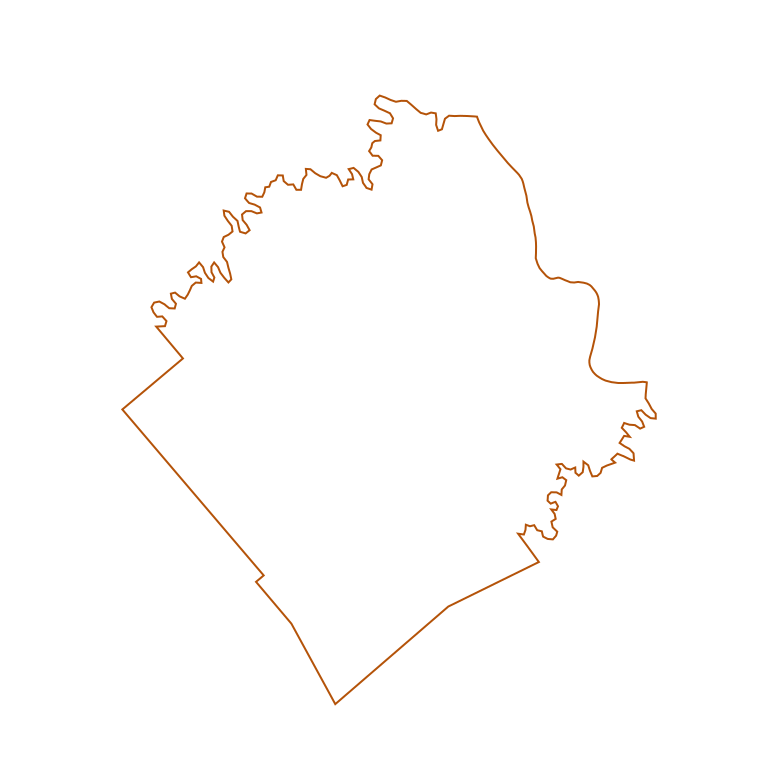 El Dorado, Misiones, Argentina (Equal Earth projection), rotated 140°
{"feature_id": "61730980B34474057540122", "entity_name": "El Dorado", "entity_type": "district", "adm_level": 2, "iso_a3": "ARG", "parent_name": "Argentina", "parent_adm1": "Misiones", "projection": "equal_earth", "projection_center": [-54.53, -26.321], "detail": "fine", "context": "isolated", "style": "outline", "palette": "amber", "viewbox_px": 768, "rotation_deg": 140, "n_neighbors": 0, "source": "geoboundaries", "source_scale": "gbopen_adm2", "svg_char_len": 5470}
<svg xmlns="http://www.w3.org/2000/svg" viewBox="0 0 768 768"><g transform="rotate(140 384 384)"><path d="M521.6,574.4L521.6,532.8L525.1,532.8L526.5,532.8L600.8,532.7L599.8,394.9L599.3,326.9L599.2,314.7L609.2,314.7L609.0,259.9L625.3,178.9L627.1,170.1L477.8,172.2L379.8,148.1L379.4,153.9L378.5,166.8L377.5,183.1L373.6,178.8L369.4,181.3L365.8,185.0L363.6,181.2L359.9,179.4L359.7,179.3L360.5,174.4L360.6,173.5L358.6,170.8L357.8,169.7L359.5,166.4L360.2,164.8L358.2,160.1L354.5,156.4L349.6,157.2L346.2,159.5L346.9,165.8L344.2,171.0L339.2,170.3L336.8,174.8L336.5,180.4L332.9,176.6L329.3,178.5L328.4,183.5L330.5,184.3L333.2,185.2L333.7,189.5L332.0,191.2L330.0,193.3L325.5,193.6L321.4,190.0L319.4,185.0L315.6,189.0L310.6,189.9L306.2,193.2L307.1,197.0L307.3,197.9L312.0,200.0L310.0,201.3L307.9,202.6L303.6,205.3L303.6,206.5L303.5,209.5L303.5,211.3L299.3,208.6L299.1,208.4L298.8,202.4L298.4,201.8L296.0,198.5L292.4,197.5L291.2,197.1L294.4,192.9L294.2,191.9L293.7,188.6L288.5,188.7L284.5,192.3L281.1,196.3L280.9,195.3L279.8,190.5L282.0,185.1L282.2,184.5L283.8,179.3L279.8,176.5L275.2,176.7L270.8,179.6L265.7,178.3L261.5,176.7L257.5,175.2L258.3,180.1L258.1,180.2L254.5,180.3L250.5,180.5L250.0,180.6L247.3,175.4L247.1,175.2L244.1,168.4L243.9,167.9L243.3,167.0L241.7,164.6L237.4,170.5L237.4,171.3L237.7,176.6L239.8,181.7L241.4,187.4L240.1,187.8L237.8,188.5L233.8,189.8L233.4,189.9L232.8,189.2L229.7,185.6L229.6,191.6L230.0,197.6L226.3,199.2L225.1,199.8L223.7,197.5L222.1,195.0L219.4,192.4L218.2,191.2L216.7,186.1L216.5,185.2L212.2,184.0L210.4,189.3L210.2,195.5L207.9,200.6L207.3,200.3L203.7,198.5L203.3,192.3L201.8,186.8L201.6,186.4L198.1,182.8L194.9,186.7L195.0,192.8L193.7,198.8L192.9,204.9L191.1,206.8L190.4,207.6L182.3,215.6L181.8,216.1L181.6,216.4L184.3,219.3L191.6,224.3L192.9,225.4L199.6,230.6L203.7,234.0L203.9,234.2L204.4,234.7L207.8,238.4L208.4,239.0L212.1,244.2L213.8,247.7L214.7,250.3L215.7,253.7L216.0,256.1L216.1,259.0L215.7,261.6L215.0,264.3L214.2,266.3L212.9,268.4L211.4,270.2L208.6,272.4L201.5,277.2L192.4,284.1L184.2,291.2L173.2,302.1L168.0,306.9L166.6,308.8L165.5,310.4L163.9,313.2L163.1,315.5L162.6,317.7L162.4,319.9L162.4,320.8L162.4,322.1L162.4,325.5L162.8,327.7L164.0,330.5L166.0,333.3L168.8,336.4L169.7,337.4L173.1,339.5L173.3,339.7L175.9,342.2L177.2,344.7L178.5,347.0L179.9,349.9L180.1,350.3L181.2,352.4L182.3,353.6L183.7,354.3L184.9,354.9L186.3,355.6L186.8,355.9L187.6,356.6L188.7,357.7L189.2,358.9L189.7,360.4L190.2,362.5L190.3,366.2L190.4,368.9L190.3,372.8L189.8,374.7L189.1,377.4L186.9,382.8L183.5,386.5L179.1,391.6L176.5,394.9L173.7,398.9L171.8,402.4L168.0,408.4L165.5,413.7L163.1,418.0L161.2,422.3L159.6,426.4L157.6,430.7L153.9,436.7L150.4,444.1L148.4,448.0L147.4,450.3L146.6,452.7L146.4,454.7L146.1,457.5L146.2,460.2L146.8,468.1L147.1,473.7L147.1,481.1L147.1,489.9L146.9,497.3L146.4,504.4L145.9,509.4L145.2,514.3L142.9,523.4L141.4,527.8L140.9,529.0L142.0,530.1L143.0,531.1L148.1,535.9L150.7,538.2L153.3,540.5L157.6,543.8L161.7,547.7L166.4,548.0L166.8,548.0L171.3,545.0L175.9,541.9L179.8,543.2L179.3,544.5L177.5,549.0L173.6,553.1L170.4,558.1L171.2,559.0L173.5,561.7L178.4,563.4L180.3,566.3L181.6,568.1L182.7,574.2L182.7,574.3L183.6,580.4L184.6,586.2L188.7,589.8L193.4,592.5L193.5,592.6L196.4,597.4L198.9,602.7L201.6,607.2L201.9,607.7L207.1,607.5L211.4,604.3L211.2,602.6L210.7,598.4L208.0,593.1L205.5,587.7L205.4,587.6L206.3,581.7L210.6,578.8L214.8,582.0L217.7,587.2L221.6,591.3L225.4,595.5L229.8,593.4L230.0,587.7L228.6,581.7L227.9,579.9L226.6,576.7L230.2,572.9L234.8,576.0L238.2,576.0L241.6,573.4L245.7,572.0L245.8,569.4L246.0,566.2L242.9,563.5L241.7,562.4L241.6,556.6L245.9,553.5L250.8,554.9L255.6,556.3L260.4,554.2L264.2,550.7L264.4,544.4L268.6,540.9L271.4,545.5L271.2,546.7L270.8,551.6L268.0,556.9L267.3,563.0L268.4,569.1L270.5,570.1L272.9,571.3L273.6,565.3L276.0,560.5L280.0,563.7L284.6,560.5L288.6,562.1L287.2,567.8L287.1,568.1L285.9,574.3L288.0,578.6L288.3,579.3L291.9,578.5L295.8,579.2L296.7,580.5L296.9,580.8L299.2,584.1L301.2,589.7L302.3,595.8L305.6,599.0L309.0,594.0L314.0,593.0L318.4,589.8L322.7,586.1L326.3,589.1L325.6,592.9L325.2,595.2L328.5,597.6L329.5,598.4L330.4,603.9L328.7,606.8L327.5,608.8L331.2,612.1L335.8,609.8L336.0,609.7L340.7,611.4L345.1,608.9L348.5,611.0L352.4,607.8L356.9,605.7L360.9,609.2L362.8,614.4L363.0,615.0L363.5,615.4L366.8,618.3L371.1,615.6L371.1,612.5L371.0,609.4L368.9,606.2L367.8,604.6L365.5,598.9L367.6,594.1L371.7,596.4L374.5,601.7L378.6,605.1L383.8,605.1L386.9,600.4L386.9,594.2L388.1,588.2L393.2,588.3L396.4,593.1L396.1,593.9L394.2,597.9L391.4,603.1L392.2,609.3L392.0,615.5L394.8,619.2L395.3,619.9L398.1,615.5L398.8,609.3L399.0,603.1L402.0,598.2L407.2,598.3L412.3,599.6L416.6,597.2L418.3,591.2L422.8,589.1L425.5,584.6L425.6,583.1L425.6,582.3L425.8,578.4L428.5,573.0L430.9,567.5L433.7,562.3L437.9,561.8L438.0,564.6L438.1,568.2L437.8,574.4L436.0,580.2L436.0,582.9L436.0,586.3L440.8,584.9L444.3,580.5L445.5,574.6L449.1,572.3L449.8,575.5L450.4,578.1L449.7,584.3L447.5,589.8L447.5,596.0L449.5,595.6L452.5,595.0L457.6,595.5L462.4,595.5L463.1,590.8L463.2,589.9L461.4,588.8L458.6,587.2L456.6,582.1L458.9,578.8L463.0,582.7L468.2,582.7L472.2,580.7L472.4,580.6L476.9,578.6L481.7,577.3L484.2,582.4L484.3,582.7L485.3,588.3L485.7,588.5L489.2,590.2L491.8,585.5L491.8,579.2L495.8,576.4L499.8,580.1L500.6,584.1L500.9,586.1L503.1,591.6L504.2,592.2L507.8,594.1L512.8,592.3L514.5,587.0L514.7,582.0L514.7,581.4L514.2,581.0L510.4,578.3L510.2,572.0L514.6,569.1L521.6,574.4Z" fill="none" stroke="#b45309" stroke-width="2"/></g></svg>